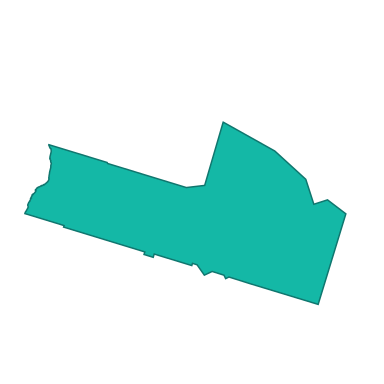 the district of 83, Ar Rayyān, Qatar, rotated 17°
{"feature_id": "91078587B29732052080276", "entity_name": "83", "entity_type": "district", "adm_level": 2, "iso_a3": "QAT", "parent_name": "Qatar", "parent_adm1": "Ar Rayyān", "projection": "mercator", "projection_center": [50.853, 25.078], "detail": "fine", "context": "isolated", "style": "filled", "palette": "teal", "viewbox_px": 384, "rotation_deg": 17, "n_neighbors": 0, "source": "geoboundaries", "source_scale": "gbopen_adm2", "svg_char_len": 1670}
<svg xmlns="http://www.w3.org/2000/svg" viewBox="0 0 384 384"><g transform="rotate(17 192 192)"><path d="M274.1,262.7L345.5,262.6L345.5,167.9L323.9,159.9L312.1,168.1L297.1,146.6L259.2,128.6L201.5,116.1L201.4,116.1L202.2,182.0L185.3,189.4L103.0,189.4L102.2,188.6L41.3,188.6L41.3,188.8L41.3,189.0L41.8,189.3L42.3,189.8L42.3,190.3L43.4,191.3L43.7,191.8L44.5,191.9L45.4,194.0L45.6,195.0L45.9,199.8L46.1,200.2L46.1,201.2L46.2,201.4L46.6,201.5L46.7,202.3L47.4,202.9L47.7,203.1L47.8,203.8L47.9,204.0L48.0,204.2L48.2,204.7L48.4,204.9L48.8,205.2L48.8,205.4L49.2,206.0L49.2,207.7L49.6,209.3L49.8,210.0L50.0,214.3L50.2,215.8L50.4,216.4L50.4,217.0L50.6,218.5L50.8,219.1L50.8,219.7L51.0,220.7L51.3,220.9L51.5,221.8L51.1,224.3L50.8,224.5L50.4,225.5L50.0,225.9L49.6,226.8L49.2,227.2L48.8,227.8L48.7,228.2L48.1,228.2L48.0,228.3L48.0,228.6L47.2,229.5L46.8,229.4L46.4,229.7L46.3,230.1L46.0,230.5L45.5,230.5L45.4,230.6L45.3,230.9L44.6,231.7L44.2,231.8L43.3,232.6L43.3,233.0L42.7,233.2L42.6,233.8L42.2,234.7L42.1,235.5L41.7,235.5L41.6,236.0L41.8,236.1L42.1,236.3L42.4,236.5L42.2,237.8L42.0,238.0L41.6,239.2L41.0,240.0L40.9,240.5L40.5,240.5L39.9,241.7L40.1,241.9L40.3,241.9L40.1,242.7L39.9,243.0L39.9,244.2L40.0,244.4L39.7,244.4L39.6,245.0L39.5,245.6L39.7,245.9L39.8,245.9L39.6,248.1L39.4,248.1L39.3,248.4L39.3,248.8L38.9,250.0L38.7,252.3L38.9,252.9L39.5,253.7L39.8,254.4L39.3,257.3L39.1,257.7L39.1,258.5L38.9,258.7L38.7,259.7L38.5,260.0L38.5,261.5L79.5,261.5L79.5,263.1L164.4,263.1L164.4,265.8L174.0,265.8L174.0,262.4L213.3,262.4L213.3,260.1L218.1,260.1L228.1,267.9L234.5,262.1L246.9,262.2L249.5,265.0L252.2,262.5L274.1,262.7Z" fill="#14b8a6" stroke="#0f766e" stroke-width="1.5"/></g></svg>